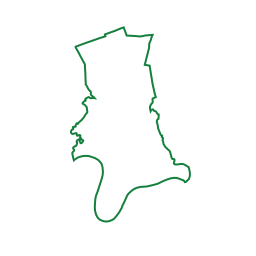 outline of Go Cong, Tiền Giang, Vietnam, rotated 196°
{"feature_id": "81297802B95868582932177", "entity_name": "Go Cong", "entity_type": "district", "adm_level": 2, "iso_a3": "VNM", "parent_name": "Vietnam", "parent_adm1": "Tiền Giang", "projection": "natural_earth1", "projection_center": [106.661, 10.409], "detail": "fine", "context": "isolated", "style": "outline", "palette": "green", "viewbox_px": 256, "rotation_deg": 196, "n_neighbors": 0, "source": "geoboundaries", "source_scale": "gbopen_adm2", "svg_char_len": 5735}
<svg xmlns="http://www.w3.org/2000/svg" viewBox="0 0 256 256"><g transform="rotate(196 128 128)"><path d="M58.4,91.6L58.1,91.7L57.5,92.2L56.6,93.7L55.4,95.8L55.3,97.2L55.3,98.3L55.5,99.8L56.1,101.8L57.3,104.3L58.4,106.3L58.9,107.1L59.9,107.3L62.2,108.1L63.3,108.3L64.6,108.5L65.0,108.5L65.7,108.4L66.4,108.2L67.4,107.9L68.8,107.3L69.9,106.8L71.1,106.4L72.5,106.0L72.9,106.0L73.2,106.1L73.5,106.1L73.9,106.4L74.0,106.6L74.2,106.9L74.3,107.5L74.3,109.2L74.4,109.9L74.5,110.2L74.6,110.4L75.1,110.8L75.3,110.9L75.5,110.8L76.1,110.5L76.4,110.5L76.7,110.5L77.0,110.6L77.4,110.9L78.0,111.6L78.4,112.4L79.0,113.3L79.8,114.6L80.4,115.7L81.1,116.8L81.8,117.5L82.4,117.8L83.8,118.4L84.8,119.0L86.0,119.6L86.4,119.8L87.1,120.2L87.9,121.0L89.0,122.0L89.4,122.4L89.7,122.9L89.8,123.2L89.9,123.5L90.1,124.0L90.6,124.7L91.5,125.9L91.5,126.1L91.5,126.4L91.5,126.7L91.4,126.9L91.3,127.4L91.4,127.6L91.6,127.9L92.1,128.2L92.5,128.4L92.8,128.6L93.0,128.7L93.0,128.8L93.1,129.0L93.0,129.4L92.9,129.8L93.0,129.9L93.1,130.1L94.0,130.2L94.3,130.3L94.7,130.6L95.2,131.1L97.7,134.3L99.0,136.1L99.2,136.5L99.4,137.1L99.8,138.0L100.7,139.7L101.9,141.7L102.2,142.6L102.3,143.3L102.2,143.7L102.0,144.2L101.8,144.6L101.4,145.2L101.2,145.4L101.5,146.3L101.8,148.0L102.2,149.2L102.2,149.4L102.5,149.4L103.0,149.5L103.3,149.6L103.6,149.7L104.6,150.6L105.2,151.2L105.9,151.6L106.2,151.6L107.6,151.8L107.8,151.8L108.1,151.9L108.4,152.2L108.5,152.3L108.9,152.7L109.1,152.8L109.4,152.7L109.7,152.5L110.1,152.1L110.5,151.6L110.7,151.2L110.8,150.8L110.9,150.4L112.0,152.4L112.5,153.6L112.7,154.8L112.7,155.6L112.1,157.8L111.5,158.7L111.4,159.4L111.6,160.6L112.3,162.1L112.4,163.1L109.8,165.3L111.6,168.2L111.8,168.5L112.1,169.0L116.6,177.3L119.9,184.3L124.4,193.9L126.5,193.7L129.3,193.3L129.5,199.8L129.6,202.4L129.6,204.0L129.8,210.3L129.9,211.1L130.0,211.8L130.2,212.6L130.4,212.9L130.6,213.6L130.7,214.1L130.8,215.4L130.8,215.9L130.6,217.1L130.4,218.4L130.3,219.4L130.4,221.1L130.1,224.3L137.3,221.5L138.0,221.1L139.2,220.4L140.0,220.0L142.1,219.2L143.1,219.0L145.4,218.6L150.9,217.4L153.0,216.9L154.7,216.5L159.9,223.5L163.1,221.2L166.9,218.1L171.3,215.0L176.0,211.6L175.0,210.0L177.2,208.4L180.5,206.3L181.8,205.3L183.4,204.2L192.3,197.9L199.7,192.5L200.5,191.8L200.7,191.7L200.7,191.3L200.5,191.0L196.3,186.9L193.7,184.1L190.5,180.9L188.7,179.0L187.2,177.6L187.1,177.3L186.8,176.6L185.3,172.3L184.0,168.5L181.5,160.9L180.9,159.2L180.7,158.3L180.3,158.0L179.0,156.8L178.1,155.9L177.6,155.2L177.1,154.8L176.0,153.8L175.2,153.4L174.5,153.1L174.2,152.9L173.9,152.7L173.7,152.4L173.5,152.1L173.4,151.5L173.4,151.0L173.2,150.6L172.9,150.0L172.5,149.6L171.0,148.8L169.5,148.2L168.4,147.5L169.4,147.4L170.0,147.3L171.8,146.4L172.3,146.3L172.6,146.3L172.9,146.4L173.2,146.5L173.5,146.7L173.9,146.9L174.2,146.9L174.5,146.8L175.0,146.4L176.5,144.9L176.9,144.4L177.0,144.2L177.0,143.9L176.8,143.7L176.6,143.5L176.3,143.1L176.3,142.9L176.3,142.6L176.5,142.4L176.9,142.2L177.4,141.7L177.8,141.2L178.1,140.6L178.3,140.0L178.5,139.3L178.2,138.9L177.4,138.6L177.0,138.6L176.6,138.5L176.2,138.4L175.7,138.2L174.7,137.5L173.4,136.6L173.1,136.0L172.8,135.2L172.4,134.2L172.0,133.4L171.7,132.7L171.5,132.2L171.5,131.8L171.6,131.3L172.2,130.1L172.6,129.0L172.9,127.7L173.3,126.4L173.9,124.9L174.4,123.7L175.2,122.2L175.7,121.4L176.5,120.4L176.8,119.7L177.2,118.9L177.2,118.4L177.4,118.2L177.5,118.1L177.9,118.2L178.0,118.4L178.1,118.5L178.3,118.5L178.6,118.2L178.8,117.6L179.0,117.0L179.0,116.7L179.0,115.8L178.8,115.6L178.7,115.3L178.7,115.0L178.9,114.8L179.4,114.5L180.8,114.1L181.0,113.9L181.1,113.7L181.1,113.2L180.8,112.8L180.4,112.3L180.4,112.0L180.4,111.7L180.5,111.5L181.2,111.1L181.6,110.8L181.7,110.4L181.8,110.0L181.8,109.3L181.8,108.9L181.7,108.4L181.6,108.1L181.4,107.8L181.1,107.5L180.8,107.3L180.5,107.1L180.1,107.0L179.8,107.0L179.4,107.1L177.8,108.0L177.2,108.4L176.7,108.7L176.5,108.8L176.3,108.8L176.2,108.8L175.9,108.6L175.7,108.3L175.1,106.9L174.8,106.6L174.6,106.6L174.4,106.6L173.8,107.1L173.3,107.5L173.0,107.7L172.7,107.9L172.1,107.9L171.8,107.7L171.6,107.4L171.6,107.0L171.6,106.7L171.6,106.0L171.4,105.7L171.2,105.6L170.5,105.3L170.2,105.0L169.5,104.4L169.0,103.9L168.6,103.8L168.0,103.8L167.8,103.7L167.6,103.5L167.5,103.3L167.5,103.0L167.6,102.6L168.4,101.0L168.6,100.6L168.8,100.5L169.1,100.4L169.3,100.4L169.6,100.6L169.9,100.9L170.5,101.5L170.7,101.8L170.8,102.1L170.9,102.4L170.9,102.8L170.9,103.2L171.0,103.5L171.3,103.8L171.7,103.8L172.1,103.6L172.9,102.8L173.5,101.9L173.6,101.5L173.6,101.2L173.6,100.9L173.6,100.6L173.4,100.4L172.9,99.8L172.7,99.4L172.7,98.8L172.7,98.4L172.8,98.0L172.9,97.6L172.9,97.3L172.9,97.1L172.9,96.8L172.9,96.7L173.8,95.9L174.1,95.7L174.6,95.1L175.0,94.7L175.1,94.3L175.2,94.1L175.2,93.8L175.2,93.5L174.9,93.0L174.6,92.8L174.4,92.6L174.1,92.4L173.9,92.1L173.7,91.9L173.6,91.5L173.6,91.2L173.8,90.8L174.1,90.3L174.5,89.6L174.6,88.9L174.6,88.3L174.3,87.7L173.1,85.5L172.6,84.5L171.9,83.3L171.1,82.0L170.3,83.2L168.0,85.9L164.3,88.3L161.4,89.4L159.1,90.0L158.5,90.2L155.9,90.2L153.9,90.1L151.4,90.0L150.1,89.6L149.0,89.4L147.8,89.0L146.1,88.1L144.4,87.0L143.2,85.8L141.7,83.3L140.0,78.9L139.4,75.9L139.3,74.2L139.3,70.6L139.7,58.7L140.1,53.8L139.8,50.6L138.9,46.1L138.1,42.8L136.9,39.4L134.8,35.9L132.4,33.5L130.1,32.2L128.0,31.8L125.6,31.7L123.4,32.0L120.7,33.1L118.0,35.1L116.4,36.9L115.3,39.2L114.0,42.4L113.0,45.3L112.6,47.2L112.1,49.1L111.9,51.9L111.6,53.6L110.9,57.5L110.4,61.4L109.9,63.9L109.6,64.5L109.3,65.2L108.2,67.1L107.1,68.8L105.4,70.9L103.4,72.7L101.1,74.1L98.8,75.2L97.0,75.8L94.0,76.9L91.0,78.5L87.3,80.6L84.4,82.4L82.5,84.0L80.0,86.3L76.5,89.1L73.2,91.3L70.0,92.8L67.8,93.3L67.1,93.4L65.3,93.4L62.3,93.1L60.7,93.0L59.6,92.7L59.1,92.3L58.6,91.7L58.4,91.6Z" fill="none" stroke="#15803d" stroke-width="2"/></g></svg>